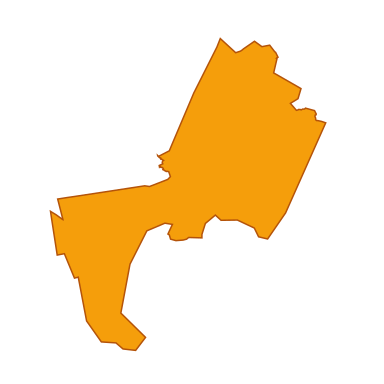 outline of Craven, North Carolina, United States of America, rotated 80°
{"feature_id": "52423323B69937594660811", "entity_name": "Craven", "entity_type": "district", "adm_level": 2, "iso_a3": "USA", "parent_name": "United States of America", "parent_adm1": "North Carolina", "projection": "equal_earth", "projection_center": [-77.135, 35.114], "detail": "fine", "context": "isolated", "style": "filled", "palette": "amber", "viewbox_px": 384, "rotation_deg": 80, "n_neighbors": 0, "source": "geoboundaries", "source_scale": "gbopen_adm2", "svg_char_len": 2220}
<svg xmlns="http://www.w3.org/2000/svg" viewBox="0 0 384 384"><g transform="rotate(80 192 192)"><path d="M186.5,334.7L193.7,334.9L230.7,335.7L230.6,328.4L256.4,322.7L256.1,318.8L300.7,318.2L323.9,307.3L327.4,293.1L334.6,287.2L338.2,275.0L327.1,263.0L298.9,283.1L252.3,265.6L222.4,243.2L218.0,224.1L219.6,219.5L220.5,216.9L229.2,223.0L230.3,221.8L234.7,221.3L237.1,216.3L237.8,209.1L237.5,205.5L236.2,203.2L238.9,190.2L235.5,189.6L225.3,184.3L218.8,173.0L224.9,168.3L227.5,152.2L238.3,136.9L247.7,134.2L251.4,125.7L245.2,119.6L231.0,105.6L228.9,103.5L147.1,48.3L145.0,52.1L143.4,56.0L143.4,56.7L142.3,57.7L140.7,57.4L139.2,57.8L137.7,57.4L137.6,56.5L136.8,56.1L133.1,57.2L129.1,65.7L129.6,66.3L129.9,67.3L129.5,68.4L130.1,70.3L129.6,70.9L129.2,72.8L129.6,73.4L129.7,75.0L121.8,79.7L118.5,71.4L109.1,66.7L88.9,90.9L75.3,85.1L75.0,85.6L74.5,85.0L74.2,83.9L69.0,85.4L68.2,86.2L60.9,90.0L61.0,97.9L54.4,104.3L60.1,116.7L60.7,117.6L61.7,119.8L62.4,124.8L45.8,137.5L53.6,142.3L93.7,172.2L94.6,172.9L139.9,202.3L147.5,207.2L151.1,218.8L150.1,219.5L150.5,219.5L152.5,218.1L153.0,216.9L153.4,216.8L153.8,217.2L154.4,216.9L154.6,215.9L155.0,215.7L155.9,214.6L156.1,215.1L157.2,216.0L157.8,216.2L159.2,215.9L160.2,219.7L161.5,219.7L161.4,219.6L161.2,219.4L161.0,219.2L161.1,218.9L161.3,218.8L161.5,218.9L161.8,218.9L162.0,218.9L162.1,218.7L162.3,218.4L162.3,218.2L162.4,217.9L162.4,217.7L162.5,217.6L162.5,217.4L162.6,217.2L162.8,217.1L162.9,216.9L163.0,216.9L163.1,216.7L163.3,216.6L163.5,216.5L163.6,216.4L163.8,216.3L164.0,216.3L164.1,216.2L164.3,216.2L164.4,216.3L164.5,216.3L164.4,216.3L164.5,216.5L164.7,216.8L164.8,216.8L164.8,216.7L165.0,216.6L165.1,216.4L165.2,216.2L165.3,216.1L165.4,215.9L165.5,215.9L165.7,215.7L165.9,215.6L166.0,215.5L166.0,215.4L166.2,215.2L166.3,215.0L166.4,214.9L166.5,214.8L166.5,214.7L166.7,214.4L166.8,214.4L166.9,214.2L167.0,214.1L167.1,213.9L167.3,213.8L167.3,213.7L167.4,213.4L167.4,213.2L167.4,212.9L167.4,212.7L167.5,212.5L167.5,212.4L167.6,212.2L167.7,211.9L167.8,211.8L167.8,211.7L167.9,211.4L173.1,210.6L175.4,213.7L179.2,232.9L177.7,237.5L176.0,309.1L175.8,315.0L175.6,325.5L196.8,323.9L196.7,324.1L190.8,329.8L186.5,334.7Z" fill="#f59e0b" stroke="#b45309" stroke-width="1.5"/></g></svg>